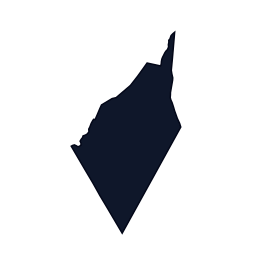 the district of Coivaras, Piauí, Brazil, rotated 193°
{"feature_id": "56859067B16410045204103", "entity_name": "Coivaras", "entity_type": "district", "adm_level": 2, "iso_a3": "BRA", "parent_name": "Brazil", "parent_adm1": "Piauí", "projection": "equal_earth", "projection_center": [-42.266, -5.118], "detail": "fine", "context": "isolated", "style": "filled", "palette": "ink", "viewbox_px": 256, "rotation_deg": 193, "n_neighbors": 0, "source": "geoboundaries", "source_scale": "gbopen_adm2", "svg_char_len": 994}
<svg xmlns="http://www.w3.org/2000/svg" viewBox="0 0 256 256"><g transform="rotate(193 128 128)"><path d="M163.5,128.7L164.1,127.0L164.9,124.2L165.4,120.4L166.0,118.1L165.2,115.6L166.3,113.1L167.8,111.6L170.0,110.2L170.1,108.5L171.1,106.4L171.7,104.4L170.3,102.5L170.0,100.6L171.5,99.0L172.9,98.5L174.1,99.0L176.4,99.5L178.0,98.6L179.2,97.5L160.5,77.7L150.1,66.8L143.9,60.0L140.3,56.0L130.4,45.7L110.0,24.2L92.7,84.9L76.8,140.8L78.8,144.2L82.1,148.4L84.9,152.8L86.4,155.1L88.4,158.7L90.8,162.7L92.5,164.9L93.7,167.1L94.1,169.8L94.6,172.1L95.3,184.6L95.7,187.0L97.4,190.5L98.8,193.9L100.4,205.9L104.1,231.8L105.4,230.1L106.8,227.8L107.2,224.2L108.0,222.7L107.5,220.8L107.4,218.2L106.7,216.1L107.2,213.3L108.4,211.3L109.1,209.3L109.6,207.1L110.2,204.8L110.5,202.8L110.4,200.3L110.0,197.6L110.3,195.8L124.0,195.6L128.4,185.0L130.4,180.3L135.2,170.0L146.4,154.9L150.1,153.1L159.0,144.5L159.8,140.6L161.0,133.7L161.9,128.9L163.5,128.7Z" fill="#0f172a" stroke="#020617" stroke-width="1.5"/></g></svg>